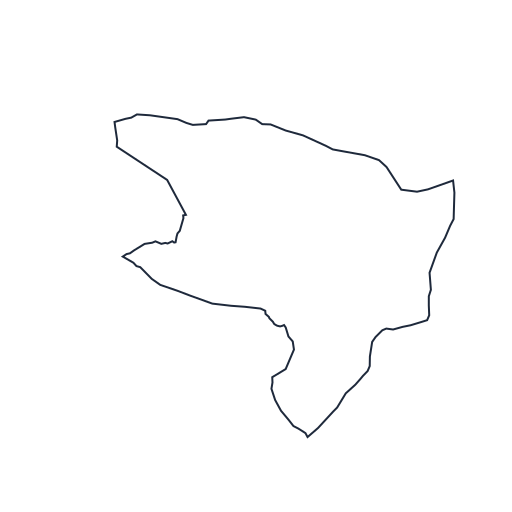 the district of Kontagora, Niger, Nigeria, rotated 293°
{"feature_id": "59680162B51611927546147", "entity_name": "Kontagora", "entity_type": "district", "adm_level": 2, "iso_a3": "NGA", "parent_name": "Nigeria", "parent_adm1": "Niger", "projection": "equal_earth", "projection_center": [5.445, 10.449], "detail": "fine", "context": "isolated", "style": "outline", "palette": "slate", "viewbox_px": 512, "rotation_deg": 293, "n_neighbors": 0, "source": "geoboundaries", "source_scale": "gbopen_adm2", "svg_char_len": 1623}
<svg xmlns="http://www.w3.org/2000/svg" viewBox="0 0 512 512"><g transform="rotate(293 256 256)"><path d="M109.5,374.2L121.9,380.3L142.9,387.8L148.2,389.9L164.7,392.3L176.3,397.7L183.8,400.2L187.5,401.3L193.7,403.7L199.1,403.7L208.0,400.1L222.3,396.5L228.1,397.7L237.0,401.3L240.1,404.3L241.9,410.9L244.2,413.8L248.1,418.7L252.6,425.3L260.2,434.4L263.8,438.6L269.1,438.6L278.0,434.4L286.5,430.8L291.9,430.3L293.2,430.2L308.4,422.3L329.8,421.1L346.7,422.9L359.7,422.9L367.2,423.5L391.8,413.9L402.5,407.9L384.5,388.2L378.1,379.1L373.8,363.8L388.9,341.4L392.3,331.8L391.3,316.8L386.6,296.2L384.1,285.0L384.7,277.5L385.4,252.1L383.1,234.3L382.8,218.0L379.8,210.2L381.4,202.7L381.3,201.7L379.1,190.7L372.6,179.4L369.6,174.4L362.1,159.4L357.9,158.5L352.0,146.6L351.3,140.0L351.3,130.3L344.1,103.4L339.8,91.1L334.6,87.1L331.3,82.3L324.1,73.4L319.5,76.1L308.1,83.1L302.2,85.1L291.3,144.5L266.5,175.4L264.9,173.1L262.5,174.4L249.4,176.0L246.1,174.9L243.0,175.3L237.2,176.6L236.4,175.4L236.9,173.2L233.0,169.8L232.6,167.4L230.2,164.1L230.2,157.7L227.7,155.3L223.6,148.7L213.6,141.6L209.2,138.9L207.2,136.1L203.4,133.6L201.9,145.8L200.0,149.9L200.5,153.8L194.2,169.0L192.0,179.2L193.3,197.2L193.8,211.0L195.1,234.4L197.7,243.2L200.4,252.4L204.9,265.6L209.4,280.7L209.2,285.9L206.4,287.4L205.0,291.6L203.9,292.7L202.1,297.2L200.6,299.2L200.3,300.7L200.1,302.7L200.6,305.7L202.0,307.5L203.4,308.8L201.8,311.3L194.6,317.3L191.7,323.2L184.7,327.5L163.5,327.5L150.8,318.3L146.0,320.6L139.8,322.1L130.9,329.9L123.3,339.5L118.1,349.7L114.1,356.9L113.7,362.3L112.3,370.7L109.5,374.2Z" fill="none" stroke="#1e293b" stroke-width="2"/></g></svg>